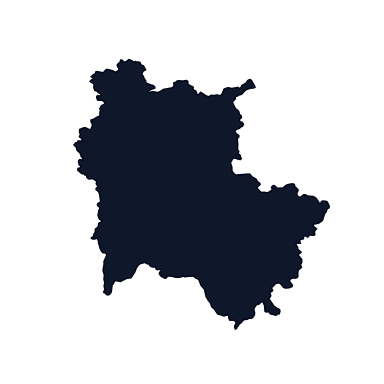 Carlos Chagas, Minas Gerais, Brazil (Robinson projection), rotated 110°
{"feature_id": "56859067B18228425283518", "entity_name": "Carlos Chagas", "entity_type": "district", "adm_level": 2, "iso_a3": "BRA", "parent_name": "Brazil", "parent_adm1": "Minas Gerais", "projection": "robinson", "projection_center": [-40.857, -17.668], "detail": "fine", "context": "isolated", "style": "filled", "palette": "ink", "viewbox_px": 384, "rotation_deg": 110, "n_neighbors": 0, "source": "geoboundaries", "source_scale": "gbopen_adm2", "svg_char_len": 5970}
<svg xmlns="http://www.w3.org/2000/svg" viewBox="0 0 384 384"><g transform="rotate(110 192 192)"><path d="M276.7,68.4L273.9,68.6L272.9,69.2L272.3,70.3L272.4,71.8L271.1,76.2L265.9,83.4L263.6,82.6L262.3,82.6L260.4,84.2L259.3,84.1L258.2,83.0L256.8,82.6L256.2,83.6L255.0,84.3L253.4,84.1L252.3,83.3L250.3,82.7L249.2,81.8L247.9,79.7L247.6,78.4L248.3,76.6L250.3,73.3L250.3,71.3L248.6,67.7L246.6,65.6L245.2,65.8L243.1,69.1L242.0,70.0L240.8,70.0L239.5,69.3L238.4,68.0L237.5,65.2L236.7,64.2L235.5,63.6L230.7,65.3L229.0,65.4L225.4,63.4L223.1,65.3L220.8,64.8L217.9,65.8L214.8,71.0L211.3,68.9L209.6,73.2L208.0,73.7L205.9,76.3L204.5,76.5L203.0,72.7L200.7,74.4L199.5,73.8L197.9,71.4L194.9,71.9L194.4,70.7L194.8,67.8L192.1,66.7L191.1,62.7L190.0,62.0L187.7,63.4L186.6,63.4L184.0,62.4L183.0,65.4L182.0,66.8L180.8,66.9L177.7,62.1L174.0,59.7L167.4,60.0L164.5,59.2L162.2,59.3L161.1,59.0L160.1,57.9L158.4,58.2L155.1,61.5L154.9,62.6L155.7,66.0L156.8,67.1L158.0,66.8L159.0,67.7L158.7,69.2L156.8,71.3L155.2,74.0L154.8,76.8L156.3,81.8L155.8,84.6L156.5,86.2L159.9,88.4L160.2,89.9L159.6,91.6L157.4,93.2L154.3,92.9L153.4,93.4L151.8,97.3L150.2,98.2L149.7,99.6L150.8,102.1L153.0,105.4L155.3,107.0L156.8,107.4L157.5,108.7L159.2,112.9L159.1,114.2L158.1,115.6L158.0,117.6L159.1,118.5L160.6,118.9L161.7,117.5L162.7,117.5L164.8,118.8L167.1,120.9L167.5,123.9L168.7,126.5L168.3,128.2L165.9,132.5L164.6,132.3L161.8,130.6L160.7,131.2L159.8,134.2L157.9,136.4L157.3,140.8L155.5,143.6L155.8,145.0L160.9,156.2L160.9,157.8L159.5,160.5L158.4,161.8L155.1,163.0L151.8,165.6L150.8,165.9L146.5,165.1L145.3,163.5L145.4,160.2L144.9,157.6L143.7,157.1L142.7,158.4L141.4,158.9L140.6,160.2L140.8,161.9L137.9,161.9L136.7,163.7L131.1,165.5L127.3,167.4L125.6,167.7L124.3,166.8L122.8,167.5L122.1,170.4L120.3,172.7L118.2,171.9L115.7,169.1L114.1,168.5L113.1,167.1L110.7,166.8L109.3,168.7L109.7,170.3L109.1,171.6L107.1,172.2L105.2,171.0L104.1,171.6L103.2,172.4L103.0,174.0L100.9,175.2L99.8,176.5L98.9,179.4L97.9,180.7L94.2,184.5L92.7,184.6L89.8,183.2L87.1,184.1L86.7,182.6L84.6,180.8L83.2,178.8L78.5,176.9L76.7,175.4L74.3,172.3L73.2,169.7L72.1,168.6L70.6,169.8L66.9,174.4L66.4,175.5L67.2,176.9L68.4,177.8L71.0,178.4L73.5,180.3L74.5,181.4L78.1,181.9L78.4,183.1L77.9,184.5L81.3,190.3L81.4,192.8L82.1,194.5L84.3,197.0L90.2,197.3L91.5,198.3L92.3,199.8L92.1,201.5L93.7,204.0L94.4,206.4L95.2,207.8L96.8,208.5L96.8,211.9L95.3,217.8L96.2,218.4L97.6,218.6L98.7,219.7L98.2,221.0L95.8,222.9L95.6,225.7L94.7,226.4L93.4,226.5L92.8,227.5L92.8,229.2L92.2,232.7L89.6,233.7L89.1,235.3L90.9,238.5L91.9,242.2L92.7,243.9L94.1,244.5L95.7,246.4L98.5,245.1L100.9,246.2L105.6,254.3L106.7,254.7L110.2,258.0L111.1,263.0L112.7,265.8L112.8,267.1L111.7,267.8L107.0,262.5L105.8,263.2L105.2,265.1L105.5,266.9L105.4,271.5L104.8,273.0L103.3,273.6L101.8,275.8L99.8,277.5L98.6,279.5L96.0,279.5L94.8,279.0L93.1,277.4L90.1,280.7L90.0,283.5L88.1,285.1L88.2,287.1L88.9,288.4L88.7,289.7L89.8,290.5L89.1,295.0L89.2,296.6L92.1,298.5L93.1,299.7L93.0,301.2L92.0,302.5L92.5,304.2L95.0,303.9L96.0,304.9L98.0,305.7L99.2,305.2L101.1,302.7L102.6,302.5L105.0,304.1L105.7,305.3L105.2,308.0L105.8,313.7L106.5,314.6L110.0,316.0L110.5,317.1L111.3,322.5L112.2,323.5L114.4,323.2L115.3,324.8L118.1,326.1L118.4,323.6L119.5,323.2L120.6,324.5L122.9,325.6L123.4,324.3L123.4,322.6L124.4,320.8L127.6,319.9L129.7,318.1L129.7,315.6L130.5,314.5L131.0,311.1L132.0,310.8L132.9,311.2L133.7,312.2L133.8,313.8L134.9,314.2L136.2,313.7L137.9,312.0L136.5,307.4L137.8,304.3L139.1,304.1L141.9,306.6L145.1,307.1L146.9,305.7L148.2,305.9L152.0,304.5L154.2,306.9L157.2,309.2L158.9,311.5L160.2,311.1L162.4,308.8L163.6,308.2L165.8,308.4L166.8,308.0L167.7,308.6L168.5,310.1L168.0,314.1L168.8,315.8L171.6,318.9L174.2,318.2L176.0,316.6L178.6,316.7L179.0,315.0L180.4,312.8L181.4,312.1L183.1,316.6L184.8,316.4L185.3,317.9L188.1,319.0L189.9,315.4L191.6,314.7L192.8,313.0L193.3,310.8L196.7,308.0L197.0,306.7L198.1,306.1L199.4,305.6L200.0,308.6L201.1,309.1L202.2,309.0L205.1,307.3L205.4,305.6L207.2,304.9L208.9,307.2L210.5,306.8L212.2,302.6L212.4,301.2L211.8,299.6L212.6,298.6L212.3,297.0L214.3,295.6L214.8,294.4L215.0,293.1L213.3,289.9L214.5,285.1L217.0,284.8L218.7,282.5L220.1,282.5L221.4,283.3L222.5,283.0L223.4,280.2L225.1,278.4L231.7,274.8L233.2,274.8L234.6,276.3L236.3,276.6L237.2,275.5L238.1,273.2L239.7,272.9L241.5,273.3L244.4,272.5L245.8,272.5L248.9,270.1L249.8,266.6L251.4,267.2L253.5,269.0L255.9,268.3L257.5,268.5L259.5,269.9L260.7,269.9L262.8,269.1L265.1,269.7L267.3,269.2L269.6,270.9L270.2,269.7L269.5,267.4L268.4,266.3L268.0,265.1L270.3,262.8L271.6,262.5L276.9,258.6L278.7,256.6L279.5,254.8L279.0,253.6L279.0,252.4L280.1,250.4L287.6,250.9L289.6,250.0L296.2,248.7L300.2,245.8L303.8,245.0L307.6,242.6L310.0,242.6L313.8,240.3L315.2,240.8L316.4,240.7L316.7,238.9L317.6,237.2L317.4,235.6L316.4,234.5L313.6,233.7L306.7,235.3L305.4,234.7L302.0,234.2L301.3,233.2L300.6,228.7L295.4,223.8L293.5,220.0L286.6,218.4L282.7,218.4L278.9,217.4L277.1,216.2L274.3,212.2L274.8,209.1L274.0,207.5L275.3,206.9L276.0,205.0L275.9,202.9L275.2,201.7L275.1,200.4L276.6,199.5L276.9,198.0L275.6,195.6L276.0,194.0L277.1,194.0L278.5,194.9L280.1,194.7L281.8,192.0L282.3,188.3L281.9,187.0L280.4,186.7L279.1,185.7L277.9,181.9L277.8,178.8L277.2,176.6L275.8,173.5L274.1,171.7L274.1,169.8L272.1,165.9L270.3,161.1L271.3,160.2L271.8,156.3L272.6,155.0L276.6,151.6L279.2,146.9L285.9,142.7L286.6,141.2L288.0,140.0L289.9,136.7L292.9,134.4L294.8,130.1L297.2,127.1L297.9,125.7L297.4,122.1L297.7,120.6L297.4,119.3L295.7,117.3L295.4,116.1L295.8,115.0L298.1,114.1L299.5,112.8L298.1,108.5L299.0,106.3L300.2,105.7L303.3,106.0L304.7,105.5L306.0,104.4L304.9,103.4L303.5,103.6L302.1,102.9L299.9,102.5L298.3,101.3L294.8,99.9L293.9,99.1L292.7,96.6L291.2,95.3L290.2,92.9L289.3,92.1L286.3,91.3L283.6,92.1L281.7,93.6L280.0,94.0L275.9,92.9L274.3,90.6L271.8,89.6L270.9,87.7L274.0,84.9L279.1,82.6L279.4,81.4L278.4,79.3L278.6,78.1L279.6,77.0L279.6,75.5L279.1,73.4L279.3,71.8L278.7,70.4L277.1,70.1L276.7,68.4Z" fill="#0f172a" stroke="#020617" stroke-width="1.5"/></g></svg>